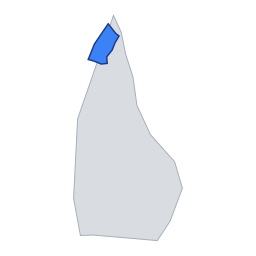 Ruggell on a map of Liechtenstein (Natural Earth projection)
{"feature_id": "LIE-4898", "entity_name": "Ruggell", "entity_type": "state/province", "adm_level": 1, "iso_a3": "LIE", "parent_name": "Liechtenstein", "parent_adm1": "", "projection": "natural_earth1", "projection_center": [9.518, 47.244], "detail": "fine", "context": "in_parent", "style": "filled", "palette": "blue", "viewbox_px": 256, "rotation_deg": 0, "n_neighbors": 0, "source": "natural_earth", "source_scale": "10m", "svg_char_len": 495}
<svg xmlns="http://www.w3.org/2000/svg" viewBox="0 0 256 256"><path d="M157.3,240.6L92.6,235.0L80.4,235.5L73.6,198.3L77.6,118.9L113.5,15.4L121.2,32.4L125.6,54.0L133.0,77.1L136.9,105.3L150.3,134.5L174.6,161.7L182.4,188.1L170.1,221.1L157.3,240.6Z" fill="#d9dde1" stroke="#a8b0b8" stroke-width="1"/><path d="M108.2,23.8L115.7,33.4L119.0,36.0L115.0,42.8L112.2,49.9L106.7,56.9L107.2,63.4L101.2,64.0L93.8,61.0L88.2,59.5L94.5,43.9L108.2,23.8Z" fill="#3b82f6" stroke="#1e3a8a" stroke-width="1.5"/></svg>